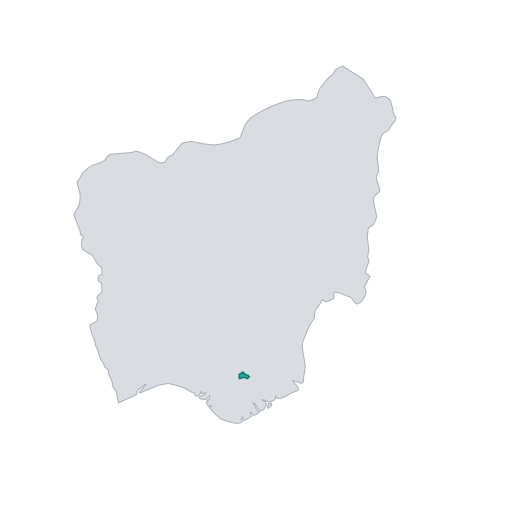 location of Oguta, Imo, Nigeria, rotated 338°
{"feature_id": "59680162B16893313163973", "entity_name": "Oguta", "entity_type": "district", "adm_level": 2, "iso_a3": "NGA", "parent_name": "Nigeria", "parent_adm1": "Imo", "projection": "mercator", "projection_center": [6.853, 5.658], "detail": "fine", "context": "in_parent", "style": "filled", "palette": "teal", "viewbox_px": 512, "rotation_deg": 338, "n_neighbors": 0, "source": "geoboundaries", "source_scale": "gbopen_adm2", "svg_char_len": 4752}
<svg xmlns="http://www.w3.org/2000/svg" viewBox="0 0 512 512"><g transform="rotate(338 256 256)"><path d="M407.5,112.4L421.6,132.1L424.5,146.7L425.6,153.9L428.0,154.7L432.3,155.1L435.5,156.6L437.4,158.9L438.6,161.2L438.8,162.5L437.9,171.2L436.8,174.4L437.4,178.7L437.2,180.5L436.7,181.8L434.8,183.2L432.1,184.6L425.8,188.8L424.0,189.4L421.3,189.5L419.0,190.5L416.3,192.8L410.4,201.1L405.4,209.5L401.7,223.0L397.2,227.2L396.4,230.9L395.8,239.3L395.1,241.8L394.4,242.6L389.6,244.2L386.8,246.1L385.2,249.9L383.1,262.8L382.3,265.0L380.7,267.2L378.3,269.6L376.2,271.0L370.7,271.9L365.5,281.6L365.4,283.3L363.1,292.1L359.1,298.7L358.9,303.0L353.8,308.8L351.2,312.8L353.9,316.9L354.1,317.6L345.5,324.6L345.0,325.6L344.6,330.5L343.9,331.8L342.4,333.6L340.0,335.5L337.7,337.1L335.0,338.1L332.4,338.5L331.0,337.9L330.2,336.4L328.7,330.5L328.0,329.2L326.3,328.1L319.7,321.5L315.7,319.2L314.8,319.4L314.2,320.0L313.0,323.3L311.9,324.5L309.8,324.9L306.1,325.0L303.4,324.5L302.8,323.9L301.5,321.3L293.3,327.2L290.4,328.6L286.7,335.6L281.5,339.1L277.9,342.1L268.4,351.7L266.4,354.5L264.5,358.7L260.4,376.7L253.8,387.9L252.9,390.3L252.5,390.2L251.7,391.2L249.1,390.5L247.9,388.5L246.4,388.1L243.6,385.1L243.1,385.6L245.9,393.3L244.9,396.3L236.8,396.4L229.8,397.4L225.0,397.3L222.6,396.2L221.5,393.3L221.1,393.6L220.9,395.2L219.4,396.4L214.0,396.6L211.6,394.7L209.7,392.4L207.6,391.5L207.9,392.4L210.3,394.6L210.0,397.7L205.7,401.3L202.9,401.5L201.2,399.9L200.4,397.4L199.9,393.6L198.8,391.2L198.2,391.2L198.9,395.3L198.9,399.0L201.0,402.0L197.8,402.9L194.0,403.0L193.6,401.9L193.1,399.5L192.4,398.8L191.6,403.0L183.8,404.1L182.7,404.0L182.5,403.2L183.1,402.0L183.0,400.2L181.2,401.6L181.0,404.5L180.0,404.9L177.0,404.5L173.8,403.1L168.5,399.5L162.0,393.6L161.0,390.9L159.1,387.7L155.8,378.8L156.4,378.4L157.9,378.8L158.6,378.0L155.9,377.4L155.4,376.7L155.2,374.8L155.3,372.4L159.4,371.1L160.3,369.6L160.9,368.2L155.9,370.4L151.2,367.9L150.1,366.3L150.7,365.2L156.1,365.1L158.0,363.9L156.8,363.5L154.8,363.6L154.0,362.8L154.1,361.0L153.4,361.4L152.5,363.0L149.3,364.2L147.5,363.0L147.3,360.3L146.9,359.1L145.3,358.2L139.8,351.2L132.8,345.3L126.6,341.2L117.3,339.3L97.7,339.4L96.6,338.8L97.8,337.9L99.5,337.3L105.8,334.0L104.8,333.6L98.2,335.6L96.0,335.8L93.1,339.8L73.8,340.6L73.9,338.8L74.7,333.6L75.9,330.1L74.6,325.7L74.3,321.8L75.1,320.6L75.4,319.1L75.2,309.0L76.2,307.5L76.2,306.4L74.2,302.1L74.3,298.8L73.9,295.6L73.2,294.2L74.0,281.8L73.7,278.8L74.4,276.6L74.7,271.3L74.6,266.1L75.9,257.8L84.2,256.7L86.2,253.5L87.3,249.4L87.0,245.3L89.7,241.8L92.9,238.6L92.8,235.2L93.7,234.1L95.2,233.3L97.4,232.9L99.9,231.2L101.2,228.1L102.6,223.3L100.5,219.9L100.5,219.2L101.3,217.4L102.6,215.6L103.6,215.0L106.0,215.4L106.8,214.7L108.4,209.4L108.2,207.9L106.0,204.4L104.7,194.7L104.1,193.4L102.4,191.6L97.7,184.8L97.8,181.6L99.8,177.4L101.0,175.4L102.8,174.3L103.2,173.3L102.6,172.2L101.7,171.3L101.5,169.4L102.4,166.8L102.2,164.0L102.6,149.3L106.4,146.4L111.8,141.6L114.6,136.6L116.1,132.8L117.9,120.1L120.8,118.8L126.3,114.2L133.8,111.5L138.6,110.6L147.1,111.2L151.5,110.7L155.1,108.2L156.8,107.5L159.1,107.1L180.3,113.7L182.2,113.4L183.8,113.8L186.5,115.6L192.7,121.7L199.3,131.2L201.3,133.2L203.4,134.3L205.4,134.7L207.0,134.5L208.5,133.6L210.6,131.8L213.7,131.0L216.2,131.2L229.4,123.9L230.7,123.8L238.8,125.4L249.9,132.7L258.9,137.4L265.2,139.0L272.7,140.1L285.4,140.5L295.0,130.3L298.5,128.1L302.8,126.0L311.7,124.2L326.5,122.9L340.4,123.4L349.0,125.2L358.1,128.5L362.0,131.7L368.1,132.2L372.5,131.6L374.0,128.4L378.4,124.3L385.1,120.4L390.5,117.7L394.9,116.5L398.9,113.4L402.1,112.5L407.5,112.4ZM214.5,400.6L211.5,401.6L209.6,401.3L212.2,397.3L213.6,398.1L215.3,398.5L214.5,400.6Z" fill="#d9dde1" stroke="#a8b0b8" stroke-width="1"/><path d="M204.3,365.5L204.0,365.3L204.0,365.1L204.2,364.9L204.1,364.6L204.1,364.4L204.2,364.2L204.0,363.8L204.0,363.7L203.9,363.5L203.4,363.4L203.1,363.2L202.8,363.0L202.6,362.7L202.3,362.5L202.1,362.2L201.5,361.6L201.4,361.4L201.2,361.0L201.0,360.8L201.0,360.7L201.0,360.4L200.9,360.4L200.7,360.4L200.6,360.5L200.4,360.6L200.0,359.9L200.2,359.7L200.3,359.7L200.5,359.4L200.6,359.2L200.4,359.1L200.2,359.0L200.2,358.9L199.9,358.8L199.9,358.7L199.7,358.6L199.3,358.6L199.2,358.6L199.0,358.9L198.0,359.4L197.7,359.7L197.0,359.7L196.5,359.3L196.4,359.4L196.4,359.5L196.1,359.6L195.9,359.8L195.9,360.4L195.8,361.2L195.5,361.3L195.1,361.5L195.1,362.1L194.8,363.5L195.1,363.6L195.4,363.6L195.7,363.6L195.9,363.6L196.4,363.6L196.8,363.8L197.2,363.9L198.1,363.9L199.0,364.0L199.6,364.1L200.0,364.2L200.5,364.6L200.7,364.9L201.0,365.3L201.3,365.7L201.6,366.2L201.9,366.5L202.1,366.5L202.4,366.4L203.1,366.1L203.3,365.7L203.5,365.6L203.8,365.6L204.0,365.6L204.3,365.5L204.3,365.5Z" fill="#14b8a6" stroke="#0f766e" stroke-width="1.5"/></g></svg>